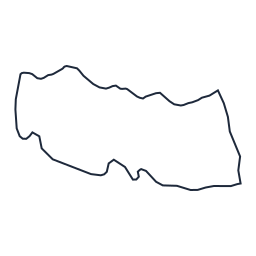 SVG path tracing the border of Trabzon
{"feature_id": "TUR-2302", "entity_name": "Trabzon", "entity_type": "Province", "adm_level": 1, "iso_a3": "TUR", "parent_name": "Turkey", "parent_adm1": "", "projection": "natural_earth1", "projection_center": [39.741, 40.811], "detail": "fine", "context": "isolated", "style": "outline", "palette": "slate", "viewbox_px": 256, "rotation_deg": 0, "n_neighbors": 0, "source": "natural_earth", "source_scale": "10m", "svg_char_len": 1085}
<svg xmlns="http://www.w3.org/2000/svg" viewBox="0 0 256 256"><path d="M20.5,74.2L21.8,73.1L23.8,72.7L29.2,73.1L32.2,74.1L37.3,78.2L41.0,78.8L43.7,77.9L48.2,75.1L51.5,74.6L53.4,73.9L62.2,68.9L63.2,68.1L63.8,67.2L64.8,66.5L66.7,66.0L77.0,68.3L79.3,70.6L83.5,75.8L93.2,84.0L99.5,87.4L106.0,88.6L109.3,87.6L112.6,86.1L115.9,85.6L120.3,88.7L122.1,88.9L125.7,88.6L127.2,89.1L137.0,96.5L139.9,97.8L143.0,98.5L145.7,96.6L156.0,93.2L160.0,92.8L169.5,101.2L174.2,104.3L180.8,105.5L183.6,105.0L188.4,103.1L192.2,102.3L198.1,100.1L201.9,97.7L209.5,95.6L217.9,90.4L223.8,103.2L227.9,116.9L229.8,131.5L240.1,156.5L238.3,170.4L240.6,183.5L237.3,184.1L230.8,186.1L213.9,186.0L205.7,187.5L197.7,189.9L190.6,190.0L176.9,185.8L162.8,185.4L156.1,181.8L146.0,170.9L141.1,169.1L139.9,169.8L137.8,171.7L138.8,176.7L136.3,179.5L132.9,179.6L125.0,167.0L113.8,159.7L108.7,163.4L106.8,171.8L104.2,174.3L100.8,175.3L91.0,174.1L52.7,159.3L41.7,148.4L39.3,136.3L32.4,132.4L29.6,136.1L26.3,138.8L22.7,138.7L19.7,136.2L16.7,128.4L15.4,109.5L15.8,99.2L20.5,74.2Z" fill="none" stroke="#1e293b" stroke-width="2"/></svg>